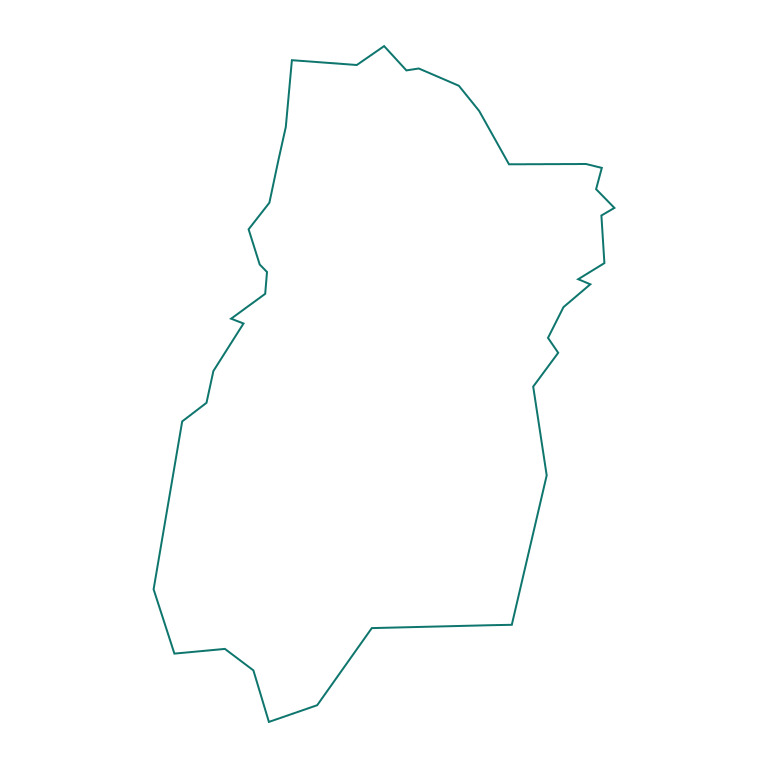 the district of Upshur, West Virginia, United States of America
{"feature_id": "52423323B60686531636314", "entity_name": "Upshur", "entity_type": "district", "adm_level": 2, "iso_a3": "USA", "parent_name": "United States of America", "parent_adm1": "West Virginia", "projection": "natural_earth1", "projection_center": [-80.225, 38.899], "detail": "fine", "context": "isolated", "style": "outline", "palette": "teal", "viewbox_px": 768, "rotation_deg": 0, "n_neighbors": 0, "source": "geoboundaries", "source_scale": "gbopen_adm2", "svg_char_len": 649}
<svg xmlns="http://www.w3.org/2000/svg" viewBox="0 0 768 768"><path d="M317.2,705.2L371.8,628.1L490.7,625.2L511.8,624.8L546.7,475.4L533.2,386.6L558.2,352.8L548.0,337.9L563.5,307.1L590.3,284.3L578.2,279.2L604.4,263.1L601.4,215.5L614.4,207.9L596.1,189.2L601.8,167.9L586.0,164.0L509.0,164.3L479.2,111.0L458.9,85.8L418.8,68.5L406.4,70.4L384.1,46.1L356.8,65.0L291.9,60.2L285.8,127.0L278.3,160.6L269.4,202.7L248.6,229.3L259.7,264.5L267.0,272.0L265.2,293.8L231.1,318.7L243.5,323.5L213.4,371.0L206.5,402.8L182.2,421.4L165.8,517.6L153.6,589.3L174.4,653.6L224.9,648.9L253.4,670.4L268.9,721.9L317.2,705.2Z" fill="none" stroke="#0f766e" stroke-width="2"/></svg>